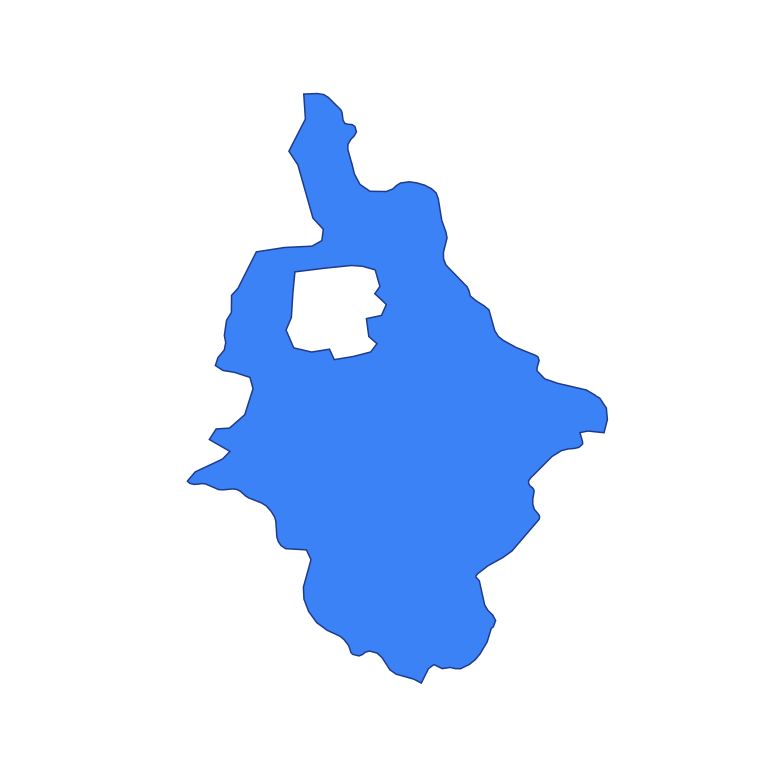 the border of Szabolcs-Szatmár-Bereg, rotated 78°
{"feature_id": "HUN-3169", "entity_name": "Szabolcs-Szatmár-Bereg", "entity_type": "County", "adm_level": 1, "iso_a3": "HUN", "parent_name": "Hungary", "parent_adm1": "", "projection": "albers", "projection_center": [22.06, 48.0], "detail": "fine", "context": "isolated", "style": "filled", "palette": "blue", "viewbox_px": 768, "rotation_deg": 78, "n_neighbors": 0, "source": "natural_earth", "source_scale": "10m", "svg_char_len": 2639}
<svg xmlns="http://www.w3.org/2000/svg" viewBox="0 0 768 768"><g transform="rotate(78 384 384)"><path d="M684.3,409.7L678.8,416.4L670.4,432.4L664.9,437.6L651.2,442.8L645.8,446.7L642.2,453.6L642.4,458.0L644.1,461.2L644.8,464.9L642.0,470.7L640.0,472.1L632.6,472.9L625.7,476.2L621.5,479.5L613.2,490.7L603.3,499.5L590.8,505.0L577.8,507.0L566.0,505.1L540.6,491.9L530.1,494.4L524.6,514.5L520.7,518.3L516.2,520.1L511.3,520.6L495.5,518.3L491.1,518.7L485.1,520.9L478.8,524.5L474.9,528.5L467.4,539.9L464.8,542.6L459.0,546.8L456.5,550.0L455.2,553.7L454.1,563.1L453.0,567.5L444.5,579.6L443.5,583.0L443.3,586.8L442.8,590.1L442.7,590.6L440.9,594.5L438.2,596.5L438.0,596.4L430.7,586.9L423.8,557.5L417.9,548.7L402.0,566.4L393.1,557.5L395.0,544.3L385.1,526.6L361.4,513.1L349.7,513.7L341.4,528.1L337.3,538.7L330.9,545.1L323.6,540.9L317.6,533.2L310.6,530.2L303.4,530.1L289.0,524.8L282.3,518.4L265.6,514.7L260.0,506.9L228.2,481.4L229.8,452.9L234.2,425.8L230.8,415.0L220.1,411.2L207.0,419.0L151.8,422.7L136.5,428.6L108.5,405.8L83.7,402.2L86.0,388.9L88.4,382.7L92.2,378.8L107.1,369.1L109.5,368.6L117.8,369.2L121.2,367.9L122.6,364.7L123.6,361.3L126.0,358.9L131.6,358.5L135.1,361.5L138.1,365.9L142.1,369.4L147.0,370.6L163.2,369.6L160.7,369.6L172.4,369.3L183.8,366.0L192.6,357.6L196.2,341.7L195.0,334.7L192.6,330.8L190.8,326.1L191.5,317.2L194.0,310.3L197.9,303.0L202.9,296.9L207.9,293.3L214.2,292.4L235.9,293.5L248.5,291.8L254.3,292.0L267.6,298.5L274.0,299.7L280.5,298.7L306.3,282.5L310.5,281.5L315.9,281.3L322.2,276.2L328.4,269.8L333.4,265.9L354.8,264.6L361.4,262.2L366.3,258.1L375.9,247.0L387.4,230.0L389.4,227.8L393.3,227.4L399.9,230.9L403.0,231.6L412.4,225.7L419.4,214.1L431.9,187.4L439.0,179.6L439.4,179.6L442.7,175.9L453.8,171.5L465.3,172.9L477.4,178.9L472.4,194.3L472.3,202.4L481.7,201.8L484.0,202.2L486.5,206.5L486.6,211.5L485.8,217.3L486.1,224.4L489.8,234.7L506.5,260.3L508.7,262.6L511.1,263.2L513.8,262.5L516.4,260.3L517.8,259.7L519.1,259.4L520.6,259.6L527.2,262.3L532.6,263.5L537.8,263.0L544.4,259.6L545.8,259.4L547.2,259.7L548.6,260.4L573.9,293.5L578.5,304.0L583.4,320.1L589.2,332.1L591.1,334.1L592.0,334.2L596.4,331.7L620.9,331.5L627.1,329.4L632.8,325.6L638.6,324.0L644.2,327.5L645.4,329.9L657.7,336.7L667.8,346.0L672.4,351.7L676.0,358.7L678.4,368.3L677.2,373.6L675.0,378.3L674.5,386.2L668.8,393.5L671.7,399.7L684.3,409.7ZM334.4,389.0L316.4,387.6L316.4,372.2L306.7,365.2L293.7,374.2L287.7,367.7L270.5,368.9L264.4,380.5L261.3,391.2L258.5,416.9L255.8,447.8L276.4,454.3L299.7,460.8L310.9,468.6L329.9,464.8L337.7,448.1L338.6,430.1L349.8,427.6L350.7,408.3L349.9,390.3L343.1,382.5L334.4,389.0Z" fill="#3b82f6" stroke="#1e3a8a" stroke-width="1.5"/></g></svg>